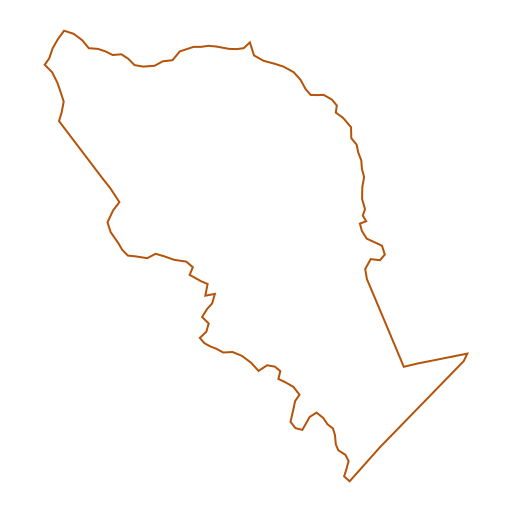 Campo do Brito, Sergipe, Brazil
{"feature_id": "56859067B6192746324421", "entity_name": "Campo do Brito", "entity_type": "district", "adm_level": 2, "iso_a3": "BRA", "parent_name": "Brazil", "parent_adm1": "Sergipe", "projection": "mercator", "projection_center": [-37.503, -10.782], "detail": "fine", "context": "isolated", "style": "outline", "palette": "amber", "viewbox_px": 512, "rotation_deg": 0, "n_neighbors": 0, "source": "geoboundaries", "source_scale": "gbopen_adm2", "svg_char_len": 1715}
<svg xmlns="http://www.w3.org/2000/svg" viewBox="0 0 512 512"><path d="M467.3,353.6L417.6,363.5L403.8,366.8L376.9,302.7L366.9,279.1L365.2,269.0L370.7,259.1L380.0,260.2L384.8,254.6L382.0,245.7L373.8,241.9L366.8,238.7L361.9,231.0L359.9,223.6L366.2,221.2L362.8,215.6L365.0,209.1L362.1,199.0L362.3,187.1L364.1,177.2L361.9,168.7L361.3,160.4L358.3,152.7L356.6,144.6L351.3,138.2L351.0,127.2L343.1,117.9L335.8,112.6L336.8,105.5L331.9,99.6L323.7,94.9L317.1,95.1L310.6,94.9L305.4,88.8L300.6,79.9L293.7,72.2L283.4,66.6L274.4,63.7L263.6,60.8L254.0,55.4L249.9,42.4L243.7,48.2L237.0,49.1L229.2,48.9L216.0,46.5L208.3,45.8L201.0,46.9L193.5,46.9L179.8,51.4L172.5,60.2L162.8,61.3L154.5,65.8L143.1,66.6L134.5,65.1L128.3,58.8L121.4,54.3L112.7,55.0L105.5,51.4L98.0,48.9L88.8,48.2L82.4,40.4L73.8,33.9L64.1,30.7L57.9,39.1L52.7,48.2L49.2,58.4L44.7,64.8L52.0,72.1L57.2,82.3L60.9,92.9L63.7,101.6L61.7,112.2L59.0,121.1L103.5,179.7L110.0,187.8L119.4,202.1L113.1,210.4L107.5,222.3L110.6,232.0L118.6,243.6L122.1,249.7L127.9,255.6L135.8,256.4L147.2,258.2L155.6,253.8L163.9,256.2L174.1,259.8L186.2,261.6L192.8,267.2L189.7,274.9L201.0,281.2L207.6,284.0L205.3,295.7L214.9,293.9L212.2,303.3L207.1,309.0L202.1,317.0L208.7,323.5L206.3,331.8L199.8,337.9L204.3,343.1L209.8,346.2L216.2,348.7L223.2,352.5L232.5,352.0L241.8,355.8L251.2,362.8L258.5,370.9L267.1,365.3L274.8,366.6L280.3,371.1L278.4,379.0L285.0,382.1L293.3,386.8L299.5,394.7L295.1,401.1L293.1,410.6L290.5,421.8L295.4,428.1L302.3,429.9L306.5,422.6L309.6,417.0L316.5,412.6L323.3,418.0L327.5,424.3L333.0,428.5L335.0,435.3L335.8,444.3L338.3,450.3L345.4,454.8L348.6,461.1L346.1,470.3L344.1,476.3L349.6,481.3L379.6,447.6L463.8,361.0L467.3,353.6Z" fill="none" stroke="#b45309" stroke-width="2"/></svg>